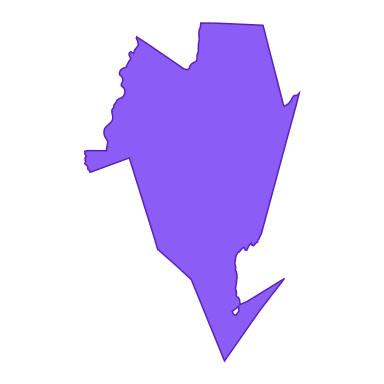 outline of Coroatá, Maranhão, Brazil
{"feature_id": "56859067B50096291578715", "entity_name": "Coroatá", "entity_type": "district", "adm_level": 2, "iso_a3": "BRA", "parent_name": "Brazil", "parent_adm1": "Maranhão", "projection": "equal_earth", "projection_center": [-44.19, -4.166], "detail": "fine", "context": "isolated", "style": "filled", "palette": "violet", "viewbox_px": 384, "rotation_deg": 0, "n_neighbors": 0, "source": "geoboundaries", "source_scale": "gbopen_adm2", "svg_char_len": 2547}
<svg xmlns="http://www.w3.org/2000/svg" viewBox="0 0 384 384"><path d="M157.7,249.3L176.1,265.5L182.7,271.6L191.3,279.6L201.9,305.5L209.0,323.1L215.7,339.4L224.5,361.0L235.8,344.8L251.8,321.9L260.1,310.1L271.1,295.8L284.5,278.5L247.1,301.5L240.2,304.5L239.7,301.3L239.3,299.2L238.5,297.6L236.7,296.7L236.2,295.0L236.5,293.2L236.2,290.3L235.4,289.3L235.8,286.5L236.1,284.9L236.4,283.5L236.5,281.8L236.7,279.6L237.1,277.8L237.0,275.8L236.7,273.4L236.1,271.2L235.3,269.5L235.8,267.6L235.3,265.3L234.7,263.1L235.4,260.5L235.6,257.8L236.1,255.9L236.9,254.3L237.8,252.6L239.0,252.1L240.2,250.9L241.4,249.3L242.3,248.4L243.9,247.4L244.8,248.5L245.1,250.0L246.7,250.2L247.6,248.5L248.5,246.5L249.5,244.9L251.5,243.2L252.0,245.2L253.5,245.8L254.7,244.5L255.8,243.2L257.8,241.8L257.8,239.8L258.8,239.0L259.9,236.7L261.4,233.5L265.3,219.2L279.6,166.2L284.1,149.5L288.1,134.7L293.5,114.9L296.4,104.4L299.2,93.1L297.5,94.9L296.3,95.5L294.5,95.4L293.4,96.2L292.2,98.0L291.6,99.3L290.8,100.8L289.5,102.4L288.5,103.9L287.1,104.4L285.8,105.4L284.3,106.4L283.3,104.4L277.6,82.1L272.0,60.4L265.5,35.1L265.0,32.9L263.0,25.3L248.5,24.6L217.4,23.2L200.8,23.0L200.3,27.4L199.3,29.7L198.8,33.5L199.2,39.6L198.5,44.0L198.4,46.3L198.3,48.7L198.3,51.4L197.5,53.7L197.0,55.6L197.1,57.9L196.6,60.7L195.4,61.8L194.0,62.4L192.5,63.2L191.1,64.3L190.0,66.0L189.4,67.9L188.2,69.4L186.8,69.6L185.7,69.3L184.3,69.1L178.9,65.4L146.6,43.3L136.7,36.9L136.3,38.3L137.6,41.0L138.0,42.6L138.3,44.7L137.4,46.6L136.1,48.1L134.8,49.6L134.2,51.5L133.7,53.1L132.4,52.9L131.0,51.7L129.5,52.5L129.0,54.4L129.7,56.7L130.8,58.5L129.9,60.3L128.9,61.3L127.9,63.2L126.5,66.5L125.4,67.6L122.8,68.3L120.4,70.3L119.5,72.7L119.6,74.7L120.5,75.6L121.6,76.5L122.3,77.8L122.8,79.6L122.5,81.8L121.3,84.0L121.4,86.0L123.9,88.0L124.6,89.9L124.9,92.0L124.7,93.4L123.9,95.4L123.1,96.6L121.8,97.7L119.3,98.6L117.1,100.1L116.2,102.1L114.5,104.3L113.7,105.4L114.0,107.3L112.6,108.7L111.9,110.2L111.9,112.4L112.4,114.9L112.9,117.7L112.2,120.6L111.3,121.8L109.7,123.4L108.3,124.7L106.4,126.5L105.1,127.9L104.4,129.4L104.0,131.4L104.0,133.0L104.3,135.1L105.2,137.2L107.7,141.2L107.5,143.6L106.6,148.9L106.6,150.7L104.2,150.7L87.5,150.6L84.8,151.2L84.9,153.7L85.7,155.4L86.1,157.0L85.1,157.7L85.1,159.7L85.5,161.9L84.8,163.6L85.7,164.7L87.3,165.8L87.8,167.3L87.7,169.0L89.1,170.2L90.1,172.3L114.9,163.2L129.3,157.9L139.4,190.2L153.6,235.6L157.7,249.3ZM238.7,306.3L238.6,309.0L238.8,311.3L237.5,312.9L236.4,315.1L234.3,314.7L232.9,313.6L232.3,311.4L238.7,306.3Z" fill="#8b5cf6" stroke="#5b21b6" stroke-width="1.5"/></svg>